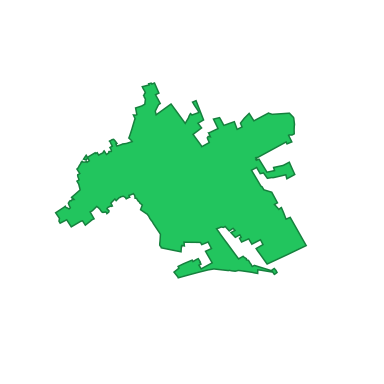 the district of Tixkokob, Yucatán, Mexico, rotated 325°
{"feature_id": "50627088B39788143145852", "entity_name": "Tixkokob", "entity_type": "district", "adm_level": 2, "iso_a3": "MEX", "parent_name": "Mexico", "parent_adm1": "Yucatán", "projection": "natural_earth1", "projection_center": [-89.387, 20.975], "detail": "fine", "context": "isolated", "style": "filled", "palette": "green", "viewbox_px": 384, "rotation_deg": 325, "n_neighbors": 0, "source": "geoboundaries", "source_scale": "gbopen_adm2", "svg_char_len": 6035}
<svg xmlns="http://www.w3.org/2000/svg" viewBox="0 0 384 384"><g transform="rotate(325 192 192)"><path d="M234.2,298.0L254.8,301.4L257.9,269.1L253.5,268.2L253.6,267.5L255.0,262.1L256.3,256.0L255.4,255.9L253.2,256.1L252.4,249.5L255.8,249.9L257.2,237.9L252.1,231.4L252.4,228.1L252.2,227.4L251.8,226.7L252.2,221.8L252.8,213.9L253.2,208.3L259.0,209.0L258.4,216.1L261.5,217.4L261.6,224.0L265.6,225.9L266.5,226.7L267.8,227.3L278.7,231.7L278.5,232.3L278.0,233.6L277.3,235.6L278.4,235.7L282.3,236.2L286.2,236.6L287.6,229.3L288.3,225.7L288.8,223.4L287.3,223.2L281.8,222.5L281.8,222.4L281.4,222.3L272.9,218.7L271.9,221.8L264.8,218.8L265.7,203.5L262.9,202.9L263.0,201.6L264.1,201.8L264.1,200.5L265.8,201.4L297.8,205.0L297.4,207.1L302.5,208.2L303.6,200.9L304.3,201.0L306.6,202.7L309.1,203.0L311.4,199.5L313.4,196.9L314.5,195.7L314.9,195.1L317.7,189.9L317.8,189.6L317.9,189.0L317.0,183.3L302.1,174.3L301.4,173.2L299.9,171.3L299.9,171.2L283.5,169.2L283.9,160.4L277.1,161.6L271.2,163.4L270.3,167.4L264.9,166.6L267.0,158.7L261.0,157.0L260.9,157.0L256.3,155.7L257.0,149.5L257.2,146.9L251.4,144.6L249.7,155.0L240.4,153.4L240.3,153.5L239.6,153.3L239.5,153.2L238.7,157.3L237.2,155.8L235.7,156.3L235.3,157.3L235.2,158.0L234.5,161.4L226.0,160.5L226.2,159.1L225.9,145.4L236.6,145.0L236.3,139.1L242.8,139.6L247.7,119.5L244.0,118.7L243.9,120.4L243.8,121.3L243.7,122.9L243.6,129.0L243.3,130.2L243.1,130.8L236.1,128.9L236.1,128.2L235.7,126.9L233.2,128.1L231.7,129.2L225.8,131.9L225.5,116.4L225.4,112.5L225.4,111.8L225.3,107.9L206.9,108.2L208.3,104.7L212.1,102.6L214.7,101.2L215.0,101.2L216.7,101.3L217.4,96.2L217.4,95.7L217.9,91.4L221.6,92.0L223.8,81.2L221.0,80.5L221.0,80.4L221.0,79.4L219.7,79.0L218.6,78.5L218.3,79.7L212.9,77.7L211.7,77.2L211.3,79.2L211.1,82.1L210.9,83.2L210.7,83.9L210.3,83.9L210.1,84.2L209.4,84.3L208.3,85.1L207.8,85.1L207.8,85.8L207.5,86.3L207.5,86.5L207.3,87.0L207.4,87.5L207.4,87.8L207.2,88.1L207.2,88.8L207.1,89.2L203.7,93.0L200.2,92.7L196.2,91.5L194.0,90.8L191.2,97.0L189.7,96.6L188.2,95.3L187.4,99.5L187.0,99.5L180.8,104.4L179.1,105.8L174.2,109.5L173.1,110.3L172.5,110.7L172.2,110.9L171.8,111.3L171.2,111.5L171.9,114.9L171.9,116.4L166.0,114.6L162.6,112.8L161.5,112.7L156.8,111.3L157.2,109.0L158.4,109.2L158.3,105.7L158.0,103.9L156.7,103.3L156.4,103.2L156.2,103.4L154.1,103.0L153.6,103.0L153.8,104.1L153.6,104.7L153.5,105.0L153.0,108.7L150.3,108.5L150.3,109.3L150.2,109.6L150.1,111.2L149.2,112.5L148.4,112.0L147.9,111.8L147.7,111.6L147.3,111.2L147.1,111.2L146.2,112.2L146.1,112.3L145.6,112.2L144.0,112.2L143.5,112.2L143.5,110.4L143.6,109.3L143.6,107.9L142.8,108.1L142.4,108.4L142.0,108.5L141.7,108.7L141.4,108.9L139.5,108.5L136.7,108.3L136.9,105.4L135.2,105.2L135.2,104.3L128.8,103.8L126.2,103.7L126.4,101.2L124.2,102.0L122.0,102.9L123.3,104.6L126.1,104.8L125.8,107.5L123.1,107.5L123.1,106.2L122.2,106.4L121.5,106.2L120.6,105.5L119.8,105.0L119.6,103.8L119.2,103.9L118.8,104.1L118.1,104.1L117.9,104.5L117.3,104.7L116.6,105.1L116.3,105.2L116.1,105.4L115.8,105.4L115.1,105.6L113.3,106.6L112.0,107.1L110.9,107.2L110.7,112.5L109.1,112.5L108.3,112.3L107.8,112.9L107.5,113.7L107.2,114.3L107.1,115.1L106.9,115.8L106.4,117.3L104.0,117.1L103.7,120.6L101.6,126.1L94.5,126.9L90.2,127.3L90.2,128.1L90.8,128.7L91.0,129.3L91.1,130.5L89.4,129.5L87.9,129.9L87.2,129.2L85.8,129.5L85.3,129.9L84.3,130.2L83.8,132.1L83.3,135.1L82.5,135.3L81.6,135.3L80.8,133.8L80.4,133.0L80.2,133.0L79.7,131.6L79.9,131.0L78.6,131.1L68.4,130.8L68.3,137.6L66.3,139.6L66.1,141.9L73.4,142.9L73.1,151.3L84.2,152.2L85.8,152.9L85.6,158.0L93.6,157.5L93.6,157.3L96.4,157.8L97.1,149.9L99.5,150.2L105.7,149.2L106.3,151.1L106.3,151.4L106.5,152.1L106.5,152.5L106.6,152.9L106.7,153.5L106.6,154.8L106.7,156.6L107.1,157.4L107.8,157.9L108.6,158.3L109.8,158.8L110.1,160.1L109.9,160.9L112.4,160.7L113.2,159.9L113.2,158.8L112.7,158.1L112.7,157.9L112.7,156.9L114.0,156.5L114.8,156.4L115.3,156.6L115.5,156.6L116.9,156.7L117.1,156.8L117.4,157.4L118.0,157.6L118.7,157.8L118.8,157.2L119.0,156.4L119.0,156.1L119.1,154.6L124.8,153.5L124.9,155.6L128.9,154.9L130.2,155.2L130.5,155.0L130.7,154.9L131.7,155.5L132.1,155.6L132.6,155.7L133.4,156.2L134.4,158.5L134.1,159.7L134.2,159.9L134.6,159.9L136.4,160.2L137.2,160.2L137.9,160.6L138.4,158.6L139.4,159.0L140.1,159.1L140.3,159.2L141.0,159.3L141.4,159.4L142.4,159.7L143.0,159.7L143.0,160.5L143.1,161.2L143.0,162.2L142.1,164.0L141.8,164.4L142.4,164.9L142.9,165.5L142.8,166.9L142.8,167.4L142.7,168.3L142.8,168.7L143.2,170.4L142.9,171.1L143.1,171.4L143.3,172.0L143.5,173.3L143.8,174.2L139.7,177.0L142.5,184.4L142.7,184.5L142.6,185.7L142.6,186.0L142.7,186.9L142.3,189.4L142.3,192.5L142.5,193.0L142.2,195.8L142.0,206.4L141.9,208.5L137.8,213.7L135.9,215.9L135.1,217.0L135.0,218.3L135.2,218.8L134.8,220.1L143.8,229.6L148.7,234.7L152.1,230.5L152.4,230.8L153.1,230.0L154.8,231.8L154.9,231.6L156.7,228.5L157.7,229.3L168.3,236.9L170.0,238.2L169.8,240.7L176.5,242.2L175.5,249.5L169.1,248.3L168.8,251.3L167.9,261.6L155.4,260.2L155.7,255.9L158.0,256.2L158.1,254.2L158.6,254.2L158.9,250.2L157.3,249.9L152.9,249.5L153.1,247.9L143.8,245.9L137.9,245.0L137.6,246.9L131.3,247.3L131.7,253.4L131.5,254.4L142.5,258.3L151.0,261.4L160.4,265.0L165.8,267.6L176.7,277.2L177.7,277.6L179.4,279.4L179.6,279.6L182.0,281.7L183.0,282.1L184.9,282.8L187.0,284.6L195.2,292.3L196.6,293.9L199.1,296.4L200.4,294.6L201.3,293.5L203.7,295.7L212.1,303.9L212.2,304.5L212.2,306.7L213.2,306.8L215.5,306.7L215.8,304.3L215.5,301.8L212.2,301.8L212.2,302.3L201.0,287.9L198.6,287.6L198.7,286.1L198.9,285.3L198.8,283.6L199.0,281.2L199.0,280.4L197.7,278.8L198.3,277.8L198.0,277.1L197.2,275.2L197.0,274.0L193.0,273.6L191.8,273.5L191.6,266.3L191.3,253.2L191.2,251.5L191.0,242.4L191.1,241.0L191.0,236.2L192.2,236.5L193.4,236.9L195.8,237.4L196.3,237.9L197.7,239.2L198.7,239.1L199.4,239.2L200.2,245.3L204.8,245.3L205.2,248.1L200.6,247.6L201.5,254.0L203.8,254.2L206.6,254.5L206.3,257.4L204.4,257.1L204.1,259.6L203.9,261.4L211.6,262.9L211.1,269.1L211.7,269.1L212.8,269.3L220.7,270.4L220.0,275.8L212.1,275.1L212.0,277.8L212.1,281.7L212.2,294.1L234.2,298.0Z" fill="#22c55e" stroke="#15803d" stroke-width="1.5"/></g></svg>